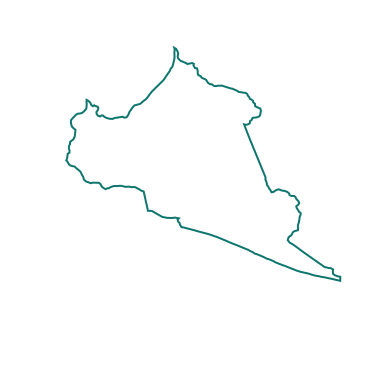 the district of Jangada, Mato Grosso, Brazil, rotated 247°
{"feature_id": "56859067B34050431146152", "entity_name": "Jangada", "entity_type": "district", "adm_level": 2, "iso_a3": "BRA", "parent_name": "Brazil", "parent_adm1": "Mato Grosso", "projection": "mercator", "projection_center": [-56.584, -15.33], "detail": "fine", "context": "isolated", "style": "outline", "palette": "teal", "viewbox_px": 384, "rotation_deg": 247, "n_neighbors": 0, "source": "geoboundaries", "source_scale": "gbopen_adm2", "svg_char_len": 4244}
<svg xmlns="http://www.w3.org/2000/svg" viewBox="0 0 384 384"><g transform="rotate(247 192 192)"><path d="M285.6,99.2L283.7,98.4L282.3,96.7L280.1,95.7L277.9,95.4L276.1,94.6L275.8,92.6L274.2,91.6L272.6,90.7L271.2,89.7L270.2,88.6L268.8,89.2L267.4,89.3L265.3,89.6L263.9,90.4L262.6,92.0L261.2,94.0L259.8,94.5L258.2,95.3L256.4,96.3L254.4,97.2L252.2,97.4L249.9,97.5L248.6,97.8L246.9,97.5L245.3,97.4L244.0,98.1L242.6,99.0L241.3,100.6L239.7,102.1L239.3,104.6L238.4,106.4L236.8,110.0L234.8,110.9L232.1,111.1L229.8,112.4L228.3,113.7L228.5,115.3L228.0,117.0L228.3,119.0L228.2,120.8L227.9,122.9L227.1,124.5L226.3,126.3L226.0,127.8L225.1,129.7L222.9,132.5L222.1,134.6L221.6,136.0L219.9,138.6L219.2,140.7L218.3,141.9L216.3,143.4L215.1,144.5L213.0,145.9L211.4,147.7L204.5,146.5L202.6,146.1L200.5,145.7L199.1,145.5L197.5,145.2L191.9,144.1L190.3,147.6L180.7,154.9L178.0,158.9L176.0,163.1L175.0,166.5L172.9,169.6L172.3,168.0L170.2,167.7L168.5,168.4L166.8,168.2L163.9,168.5L162.3,170.9L161.1,172.4L155.4,179.8L154.5,180.8L146.9,190.6L145.4,192.3L141.7,196.4L140.3,197.9L133.0,205.1L131.2,206.7L128.1,209.8L125.5,212.5L118.2,219.7L116.9,221.0L114.3,223.1L113.1,224.3L110.7,225.7L109.8,227.0L108.7,228.1L107.0,229.8L104.3,232.4L103.1,233.4L101.7,234.5L100.1,236.4L98.7,237.9L96.4,240.1L95.2,240.8L92.6,243.4L89.4,246.7L87.2,249.1L83.3,253.0L80.1,256.3L79.1,257.3L77.9,258.6L76.2,260.6L73.9,263.8L71.2,267.6L69.6,269.3L67.1,272.4L65.2,275.5L64.0,277.0L61.1,281.5L59.4,283.9L56.6,287.9L52.3,293.7L56.0,295.4L56.8,294.1L57.9,292.7L59.7,290.9L61.4,289.9L63.5,290.4L65.6,291.6L67.7,289.9L68.6,288.1L70.1,286.3L71.0,284.8L92.7,271.3L101.4,266.2L105.1,263.9L106.9,262.3L110.2,261.3L112.2,262.8L112.9,264.1L113.3,266.4L114.4,267.9L115.6,269.2L115.9,271.1L115.4,274.6L117.5,275.7L119.1,276.0L120.5,276.9L121.7,278.0L123.0,278.9L125.1,280.4L126.8,281.2L128.8,283.2L130.3,283.8L132.0,282.8L134.6,282.5L136.3,282.1L138.1,282.4L138.9,285.1L140.0,286.4L141.6,286.4L143.5,285.8L145.0,285.3L147.0,285.2L148.5,284.5L149.4,282.1L151.0,280.6L152.5,280.8L153.8,280.3L155.2,279.5L157.3,277.0L158.0,275.6L160.6,272.8L160.9,270.5L160.6,268.7L160.2,267.0L160.7,265.1L163.4,264.9L165.2,264.3L167.3,264.3L169.3,263.8L170.7,264.2L172.9,264.5L174.7,264.4L176.7,265.4L218.8,265.9L226.2,266.1L233.9,266.4L233.0,267.5L232.4,269.3L232.6,272.0L234.6,273.1L235.0,275.1L236.5,276.7L236.1,278.5L235.4,280.5L235.3,283.5L236.6,285.2L238.2,286.0L240.1,287.3L242.2,287.5L243.9,285.7L246.2,283.7L248.8,284.4L250.5,283.4L252.1,283.8L253.9,282.8L255.2,281.7L257.4,281.7L258.9,281.0L260.6,281.2L262.4,279.9L263.7,277.6L265.1,275.5L265.9,274.1L267.6,273.0L270.1,270.7L271.4,269.4L272.3,268.0L273.7,266.4L275.4,264.3L277.7,261.8L278.6,260.4L279.1,258.8L279.8,257.3L280.0,255.7L280.9,253.8L283.4,252.3L284.1,250.8L285.8,249.6L287.7,249.1L289.8,248.8L291.6,247.2L293.5,245.5L295.2,245.3L297.1,243.5L299.0,243.6L301.4,244.6L303.9,244.9L305.0,243.1L306.5,243.0L307.9,242.8L309.2,243.8L310.7,242.5L311.1,240.3L311.6,237.8L312.9,236.9L314.1,235.8L315.5,234.5L317.0,232.8L319.2,231.9L320.6,231.4L322.6,231.9L325.0,233.5L327.3,233.6L329.9,233.3L331.7,232.0L330.1,231.8L327.1,230.2L322.4,228.4L319.9,226.7L318.5,225.6L316.6,224.3L314.9,222.7L313.7,220.4L311.9,218.6L310.6,216.4L309.6,214.8L307.7,211.9L306.2,209.6L305.4,207.6L304.7,205.9L304.2,204.5L303.6,203.2L303.0,201.6L302.4,200.0L301.9,198.7L301.0,196.5L300.1,194.3L299.2,192.6L298.4,191.1L297.4,189.5L296.2,187.5L295.3,185.6L294.7,182.7L293.8,180.3L293.4,178.5L293.7,176.3L293.9,174.8L294.2,173.3L293.9,171.9L292.9,170.1L291.5,167.9L290.2,165.8L288.7,164.3L287.5,163.0L286.3,160.8L287.0,158.6L288.3,157.7L288.8,155.9L289.3,154.0L289.6,152.4L290.4,149.8L290.3,147.5L291.3,145.3L292.4,143.7L293.7,142.1L295.5,140.6L297.0,140.1L297.8,138.9L297.4,136.9L299.1,135.2L301.3,134.7L303.1,135.4L304.3,137.5L306.0,138.6L307.5,138.5L308.5,136.9L310.0,135.9L309.7,134.2L311.8,133.2L313.7,133.3L315.1,132.8L316.7,132.0L318.0,131.0L316.0,130.0L314.2,129.5L311.8,128.3L309.9,127.2L308.8,125.0L308.1,123.0L307.7,121.3L308.2,118.9L308.8,117.1L308.3,115.0L307.4,113.1L306.5,110.8L305.3,108.6L303.1,107.6L301.6,107.3L299.3,107.0L297.1,107.8L294.7,109.0L291.0,107.0L289.0,105.8L287.6,104.3L286.6,102.9L286.3,101.0L285.6,99.2Z" fill="none" stroke="#0f766e" stroke-width="2"/></g></svg>